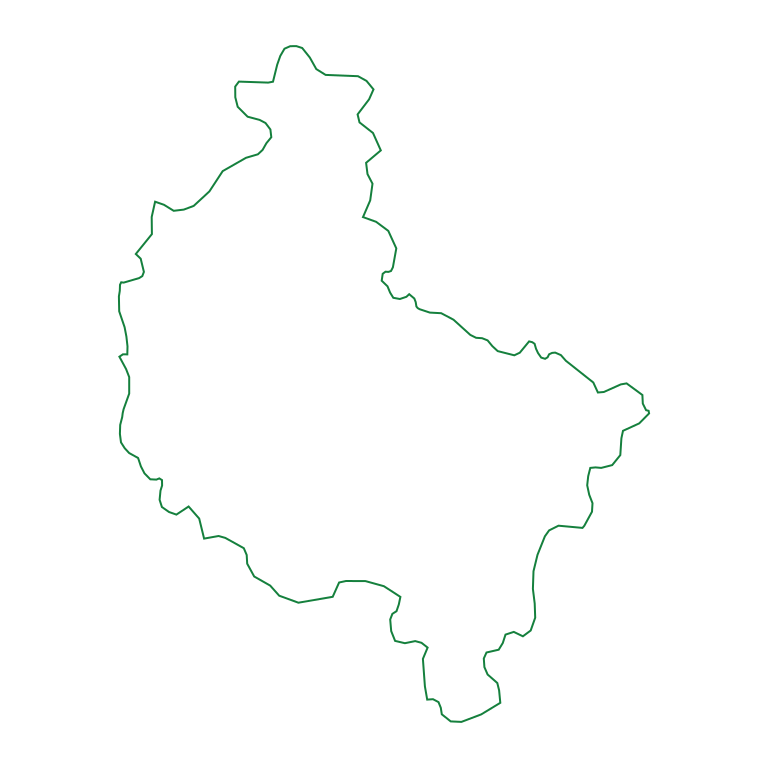 map outline of Greater Poland (Albers equal-area conic projection)
{"feature_id": "POL-3144", "entity_name": "Greater Poland", "entity_type": "Voivodeship", "adm_level": 1, "iso_a3": "POL", "parent_name": "Poland", "parent_adm1": "", "projection": "albers", "projection_center": [17.345, 52.331], "detail": "fine", "context": "isolated", "style": "outline", "palette": "green", "viewbox_px": 768, "rotation_deg": 0, "n_neighbors": 0, "source": "natural_earth", "source_scale": "10m", "svg_char_len": 2701}
<svg xmlns="http://www.w3.org/2000/svg" viewBox="0 0 768 768"><path d="M642.4,395.0L642.8,403.6L646.1,410.2L648.6,410.8L649.1,413.4L639.2,423.4L623.0,430.8L621.4,438.3L620.3,455.1L612.2,465.1L601.2,467.9L595.5,467.4L590.3,467.9L588.2,476.2L587.2,485.3L589.2,494.7L592.5,503.2L592.0,511.7L584.3,525.8L582.5,527.9L558.5,525.7L549.1,530.4L544.9,536.3L537.5,554.8L533.5,571.2L532.9,588.9L534.7,603.5L535.2,617.7L530.7,630.5L522.9,636.3L513.8,631.9L505.5,634.6L502.8,643.0L498.7,649.7L486.5,652.5L483.8,658.5L484.4,667.1L487.6,674.5L497.3,683.0L499.1,690.3L500.3,702.8L481.2,714.4L461.4,721.9L450.7,721.4L441.8,714.3L440.8,707.8L438.5,702.1L433.0,699.2L427.2,699.6L424.9,686.3L422.9,658.9L427.6,647.6L421.5,642.8L415.2,641.1L404.9,643.2L395.1,640.9L391.2,631.1L390.2,619.5L392.4,613.8L396.5,611.2L398.8,604.5L400.4,596.9L383.9,586.2L365.5,581.1L346.0,581.0L339.1,582.5L332.7,596.8L298.4,602.7L279.2,595.7L270.2,585.6L254.2,576.5L247.2,563.7L246.7,555.0L243.8,548.2L225.3,537.9L218.6,536.0L204.1,538.6L199.2,518.6L188.6,506.5L176.4,514.6L169.0,512.0L161.9,507.0L159.6,499.8L160.5,490.6L162.1,485.5L162.0,480.1L159.3,478.4L156.4,479.6L150.3,479.3L144.5,473.4L140.9,466.4L138.1,458.0L129.1,453.0L124.7,448.2L121.0,442.4L119.9,433.9L120.2,424.9L122.2,417.1L122.7,413.1L123.6,409.2L129.2,393.6L129.2,377.1L126.1,369.1L119.4,356.7L123.0,354.3L127.3,354.4L127.5,346.4L126.4,336.6L124.6,327.2L119.2,311.3L118.9,296.4L119.8,290.8L120.0,284.8L121.2,282.3L123.7,282.6L139.1,278.1L142.3,276.1L143.9,271.9L140.7,258.7L135.8,254.0L151.9,234.1L151.7,217.0L155.1,201.7L164.0,204.8L173.7,210.8L183.8,209.6L193.7,205.9L209.4,191.4L222.7,171.1L246.0,157.8L257.9,154.3L262.6,149.9L266.4,143.2L271.3,137.2L270.4,129.5L265.5,123.0L259.6,119.9L247.6,116.7L237.7,106.8L235.3,97.3L235.2,86.6L238.9,81.6L268.2,82.6L273.0,81.7L277.2,64.7L280.3,55.9L284.5,48.7L290.2,46.2L296.3,46.1L302.2,48.0L309.8,57.5L316.3,69.1L325.6,74.9L358.0,76.2L366.5,80.9L373.5,89.4L369.1,99.3L357.6,114.4L359.5,122.4L373.0,133.0L380.8,150.4L366.1,162.8L367.5,174.1L372.5,183.7L370.2,200.4L363.0,217.1L376.1,221.8L388.3,230.9L396.3,248.4L392.9,267.3L391.0,271.0L388.4,271.9L385.5,271.7L382.7,273.8L381.7,280.7L387.5,286.3L390.1,292.6L393.3,297.8L399.9,299.0L406.4,296.8L409.2,294.2L414.3,298.5L415.7,302.1L416.4,306.5L417.7,308.1L419.6,309.2L429.9,312.6L441.2,313.2L453.5,319.7L470.3,334.9L476.1,337.8L482.1,338.2L487.6,340.4L492.4,346.2L497.7,351.1L514.3,355.3L519.8,352.7L529.1,341.4L532.3,342.2L534.6,343.8L536.0,348.7L538.0,353.0L541.2,357.6L545.1,358.8L547.6,357.3L549.1,354.3L552.1,352.9L555.2,352.6L560.9,355.1L565.9,360.8L593.3,382.5L597.9,392.5L603.8,392.0L620.8,384.4L626.6,383.4L642.4,395.0Z" fill="none" stroke="#15803d" stroke-width="2"/></svg>